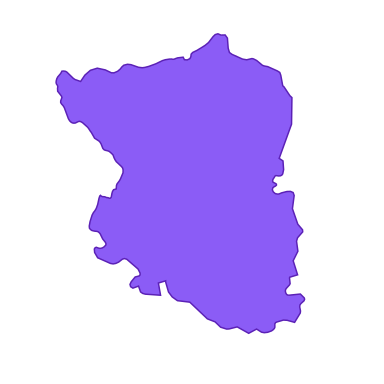 map outline of Salamanca (Albers equal-area conic projection), rotated 80°
{"feature_id": "ESP-5841", "entity_name": "Salamanca", "entity_type": "Autonomous Community", "adm_level": 1, "iso_a3": "ESP", "parent_name": "Spain", "parent_adm1": "", "projection": "albers", "projection_center": [-6.114, 40.774], "detail": "fine", "context": "isolated", "style": "filled", "palette": "violet", "viewbox_px": 384, "rotation_deg": 80, "n_neighbors": 0, "source": "natural_earth", "source_scale": "10m", "svg_char_len": 3363}
<svg xmlns="http://www.w3.org/2000/svg" viewBox="0 0 384 384"><g transform="rotate(80 192 192)"><path d="M50.4,299.1L50.6,297.3L51.2,295.6L52.2,294.4L59.4,289.2L60.9,287.7L63.8,282.5L58.3,277.2L54.5,270.9L53.6,263.8L56.7,256.2L60.6,250.7L61.1,248.1L60.2,244.3L58.5,241.4L56.7,239.4L55.3,237.2L55.0,233.4L56.0,230.0L59.9,223.0L61.0,219.3L61.1,216.7L60.8,212.8L59.5,205.5L57.5,198.4L57.1,195.3L57.2,191.1L57.5,189.0L58.0,187.8L58.1,186.6L57.6,184.3L57.4,182.8L57.7,177.3L60.4,176.5L61.1,173.8L60.3,170.9L58.5,169.6L56.1,168.9L54.7,167.1L53.4,162.5L49.9,153.7L47.7,149.8L42.6,144.2L41.0,141.8L40.7,139.0L42.5,136.2L43.1,132.1L46.6,130.4L56.7,131.4L61.1,130.9L63.4,128.7L69.9,119.1L71.3,115.2L71.0,109.8L71.6,108.3L73.7,105.5L79.5,100.6L80.5,98.8L81.7,95.6L87.6,86.9L89.5,84.8L92.4,84.3L103.1,84.2L104.5,83.1L114.1,78.9L116.4,77.2L142.5,82.2L174.0,100.3L177.2,97.0L185.9,97.9L189.9,99.5L190.9,100.5L191.4,101.9L191.3,103.7L190.4,106.5L190.6,107.3L193.8,110.2L195.2,110.7L196.4,110.5L198.3,108.0L199.0,107.5L200.0,107.7L200.7,108.9L201.2,110.4L201.8,111.6L203.8,112.5L206.1,111.9L208.1,110.2L209.0,107.8L209.0,106.5L208.4,103.9L208.0,98.5L208.5,94.9L210.1,92.5L213.2,92.0L225.9,96.0L242.1,93.4L248.4,89.7L250.5,89.9L255.4,96.0L258.6,97.6L268.7,98.0L277.3,104.3L291.9,102.4L292.9,110.6L293.7,110.9L299.3,111.3L300.4,112.1L303.5,116.1L304.8,117.0L306.3,117.3L308.1,117.1L309.4,116.5L310.2,115.5L310.5,114.0L311.3,103.0L315.7,99.9L317.1,99.7L318.6,100.6L320.8,104.1L322.1,105.4L324.0,105.9L328.0,105.8L330.0,106.4L338.2,113.6L334.9,120.5L334.0,124.2L334.8,131.3L335.2,132.4L336.2,133.3L339.6,133.9L340.7,134.6L341.8,136.1L342.6,137.8L343.3,141.8L343.1,145.3L342.1,147.9L338.2,152.2L341.0,160.7L332.7,170.9L333.3,179.2L333.0,181.7L330.1,187.3L323.9,191.8L319.6,198.9L300.1,213.3L296.5,225.2L291.9,229.7L286.4,232.5L275.8,233.6L274.9,233.4L275.8,240.9L288.2,240.9L284.5,255.7L283.3,258.2L281.5,260.0L275.4,261.0L276.4,266.9L274.6,268.9L272.2,269.1L269.8,267.4L265.8,262.7L265.5,258.7L264.6,257.5L262.9,257.2L258.5,258.5L246.9,267.9L245.8,270.2L246.1,272.3L248.3,276.4L249.1,279.5L249.1,282.2L248.2,284.7L240.4,296.3L234.7,298.4L231.2,298.1L230.1,297.1L229.8,295.9L231.3,293.3L231.6,291.8L231.5,290.0L230.8,288.2L229.2,286.0L227.7,285.7L226.2,286.2L222.8,288.1L217.2,289.7L216.0,290.4L214.9,291.3L214.2,292.7L213.8,294.2L213.2,295.8L212.5,297.3L211.3,298.5L209.8,299.3L207.7,299.1L203.4,297.5L197.4,294.4L195.1,292.6L193.7,291.0L191.5,289.1L187.8,287.0L182.1,284.7L179.9,283.5L179.4,282.7L180.5,281.9L181.0,281.0L181.4,279.3L181.7,278.5L182.3,277.6L182.8,276.8L182.9,275.9L183.9,274.2L183.9,273.4L183.0,272.4L179.5,271.1L177.5,270.1L176.1,268.8L176.0,267.5L175.8,266.1L172.6,265.3L171.1,264.5L168.4,261.6L166.7,260.2L161.1,256.6L158.2,256.0L156.2,256.2L154.6,257.1L149.0,261.3L146.9,262.2L144.8,262.8L141.9,263.3L140.2,264.4L138.7,265.6L137.5,266.7L136.7,268.1L136.1,269.6L135.3,271.1L133.7,272.2L128.8,273.2L127.0,273.9L125.6,274.8L122.1,278.6L115.9,280.8L114.6,281.5L111.3,282.9L110.0,283.6L104.8,287.7L103.7,288.9L102.9,290.3L102.9,291.8L103.8,294.8L103.7,296.3L103.2,297.8L102.2,299.0L100.7,300.1L98.4,301.0L86.8,303.1L84.5,304.0L83.0,305.0L81.2,305.8L79.5,305.5L76.4,303.7L74.9,303.9L69.5,306.8L66.4,306.4L65.2,305.9L63.7,306.0L61.9,306.8L60.3,306.8L58.7,306.3L57.0,305.5L55.4,304.3L52.5,300.8L50.4,299.1Z" fill="#8b5cf6" stroke="#5b21b6" stroke-width="1.5"/></g></svg>